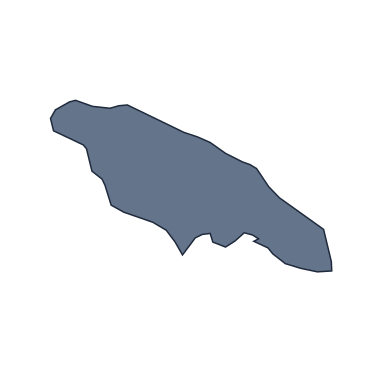 an SVG outline of Jamaica, rotated 18°
{"feature_id": "JAM", "entity_name": "Jamaica", "entity_type": "country or territory", "adm_level": 0, "iso_a3": "JAM", "parent_name": "North America", "parent_adm1": "", "projection": "mercator", "projection_center": [-77.28, 18.119], "detail": "fine", "context": "isolated", "style": "filled", "palette": "slate", "viewbox_px": 384, "rotation_deg": 18, "n_neighbors": 0, "source": "natural_earth", "source_scale": "50m", "svg_char_len": 735}
<svg xmlns="http://www.w3.org/2000/svg" viewBox="0 0 384 384"><g transform="rotate(18 192 192)"><path d="M194.0,139.3L212.0,144.9L230.6,147.8L238.7,148.0L246.2,149.8L263.2,163.2L276.9,170.5L328.7,186.9L346.0,215.1L349.3,223.9L335.9,229.2L319.0,231.0L302.9,231.3L288.0,225.9L281.5,221.7L266.0,219.8L269.8,216.0L263.0,214.2L254.3,214.6L248.0,225.4L240.9,234.0L227.3,233.2L222.1,225.8L215.0,229.1L209.3,234.6L202.4,254.8L191.3,244.7L179.3,236.3L164.1,232.9L133.5,232.3L119.2,229.5L107.1,212.4L102.4,207.5L90.4,203.1L78.3,183.5L74.0,180.8L41.4,176.6L34.7,165.8L36.7,156.1L47.6,144.2L52.9,140.8L70.9,141.3L88.1,137.7L95.7,132.6L103.6,129.2L165.9,137.8L180.3,137.9L194.0,139.3Z" fill="#64748b" stroke="#1e293b" stroke-width="1.5"/></g></svg>